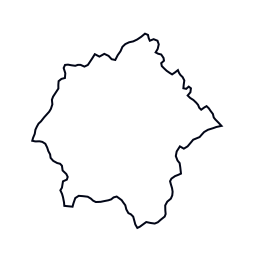 Monte Azul Paulista, São Paulo, Brazil (Albers equal-area conic projection), rotated 192°
{"feature_id": "56859067B11671579354864", "entity_name": "Monte Azul Paulista", "entity_type": "district", "adm_level": 2, "iso_a3": "BRA", "parent_name": "Brazil", "parent_adm1": "São Paulo", "projection": "albers", "projection_center": [-48.686, -20.912], "detail": "fine", "context": "isolated", "style": "outline", "palette": "ink", "viewbox_px": 256, "rotation_deg": 192, "n_neighbors": 0, "source": "geoboundaries", "source_scale": "gbopen_adm2", "svg_char_len": 2183}
<svg xmlns="http://www.w3.org/2000/svg" viewBox="0 0 256 256"><g transform="rotate(192 128 128)"><path d="M175.1,41.9L174.1,38.6L165.9,39.5L165.7,43.0L165.0,48.5L162.1,51.4L157.6,52.0L153.1,52.4L149.6,51.2L147.1,49.7L144.1,48.9L139.4,50.1L136.2,51.5L132.2,53.2L129.6,54.7L127.7,57.1L124.8,58.6L121.6,57.2L119.2,56.1L117.1,54.1L114.6,51.9L112.7,48.0L109.9,44.8L107.3,44.2L104.5,42.4L103.1,39.7L100.8,35.2L98.1,32.2L95.9,33.9L93.2,36.9L90.6,39.8L86.0,39.8L82.0,40.1L79.2,42.0L76.9,45.1L73.7,49.0L73.3,51.7L74.4,55.3L75.5,60.0L74.3,64.1L71.4,67.8L70.7,71.3L71.1,74.9L72.4,78.3L74.5,82.1L75.8,84.7L75.0,87.5L72.0,90.7L69.0,92.7L66.7,94.4L68.7,100.4L70.2,104.4L72.8,106.5L75.4,110.5L75.5,115.2L73.4,120.8L69.1,119.4L65.9,122.4L63.9,126.1L61.8,130.1L56.1,134.0L54.3,137.2L52.7,139.9L49.4,142.9L44.6,145.6L41.7,147.4L37.0,149.5L40.4,151.9L44.2,154.4L46.3,156.1L47.9,159.4L50.6,161.7L53.1,164.1L55.7,165.7L57.6,164.0L60.2,161.1L62.5,162.6L64.3,165.2L66.5,166.9L69.9,169.0L73.4,170.3L76.4,172.2L74.4,175.9L74.7,179.9L77.2,181.1L79.2,178.4L82.1,178.4L82.5,181.8L82.8,186.2L85.1,189.1L87.8,190.8L89.7,192.7L91.2,195.0L93.7,192.0L96.0,189.6L98.5,190.5L102.1,192.0L104.9,193.7L107.8,195.6L109.0,198.3L106.8,201.3L107.8,203.9L110.8,206.8L113.9,206.9L116.7,207.7L115.4,211.5L115.3,216.2L117.3,219.5L121.4,220.2L124.8,217.9L126.5,220.3L127.8,223.2L131.0,223.8L134.0,220.0L137.4,216.5L140.9,213.8L144.7,212.1L148.1,209.5L150.3,206.3L151.3,201.5L153.2,197.1L154.6,191.9L158.3,191.9L162.0,194.5L166.6,195.6L170.8,191.9L175.8,193.3L177.6,188.3L179.3,184.0L180.4,181.3L183.4,179.0L187.6,179.9L190.2,179.3L192.5,177.9L196.4,177.6L199.9,177.5L202.7,176.6L203.4,173.3L200.7,168.5L200.1,163.8L203.3,162.2L205.6,159.4L205.1,155.7L204.3,152.1L206.4,146.7L207.8,143.1L208.3,139.8L206.9,135.4L207.4,130.7L208.5,127.5L212.2,121.1L214.5,116.4L216.4,113.7L217.4,110.5L218.2,107.1L218.0,102.9L218.8,98.6L219.0,95.6L215.9,95.6L211.7,96.6L208.9,96.6L205.6,95.4L203.0,92.1L201.1,88.8L198.7,86.0L197.5,82.7L194.3,80.3L190.0,79.0L187.0,78.9L184.8,77.4L183.1,72.8L178.8,70.2L176.8,67.6L177.1,64.8L180.5,62.3L180.2,55.9L181.2,53.0L178.8,49.8L177.2,46.8L175.1,41.9Z" fill="none" stroke="#020617" stroke-width="2"/></g></svg>